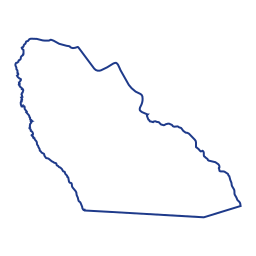 Jonglei, Albers equal-area conic projection
{"feature_id": "SDS-870", "entity_name": "Jonglei", "entity_type": "State", "adm_level": 1, "iso_a3": "SSD", "parent_name": "South Sudan", "parent_adm1": "", "projection": "albers", "projection_center": [31.68, 7.658], "detail": "fine", "context": "isolated", "style": "outline", "palette": "blue", "viewbox_px": 256, "rotation_deg": 0, "n_neighbors": 0, "source": "natural_earth", "source_scale": "10m", "svg_char_len": 5030}
<svg xmlns="http://www.w3.org/2000/svg" viewBox="0 0 256 256"><path d="M147.7,114.5L147.0,115.3L146.9,115.8L148.1,118.9L148.5,119.7L149.3,120.2L149.5,120.6L149.6,121.0L149.8,121.3L150.1,121.4L151.4,121.6L152.4,122.0L153.1,122.1L153.3,121.7L153.6,121.6L155.1,121.3L155.5,121.3L156.8,121.9L158.4,122.1L158.8,122.2L159.5,122.9L160.2,123.7L161.1,124.5L163.7,125.2L164.3,125.1L165.5,124.4L165.9,124.2L167.9,123.7L169.1,123.7L169.9,124.0L170.4,124.3L171.2,124.6L171.7,124.8L172.2,125.2L172.8,126.1L173.3,126.4L174.3,126.7L177.4,126.4L177.9,126.5L179.2,127.4L180.6,127.8L181.1,128.0L181.7,128.7L183.2,130.8L185.6,132.6L186.1,132.7L187.1,132.8L187.5,132.9L189.0,133.7L194.8,139.7L195.7,141.0L196.0,142.6L196.0,147.0L196.2,147.3L196.5,147.4L198.6,149.1L199.9,150.7L200.8,151.4L201.7,151.2L202.5,150.8L203.1,151.2L203.6,152.0L203.8,153.0L203.8,154.5L203.8,155.0L204.0,156.1L204.3,156.5L204.7,156.7L205.0,156.9L205.5,157.5L207.4,158.9L207.6,159.2L207.9,160.0L208.2,160.3L208.5,160.4L208.7,160.6L215.4,162.2L218.4,164.3L218.8,164.9L219.2,165.6L219.4,166.4L219.4,167.4L219.3,167.5L218.9,167.8L218.8,168.1L219.1,168.6L219.1,168.8L219.5,170.8L220.0,171.2L220.8,171.4L222.9,171.4L223.9,171.5L224.7,171.8L227.9,173.9L228.2,174.5L228.4,175.3L229.0,176.0L229.3,176.2L229.8,178.1L230.3,180.0L231.4,182.7L231.8,185.5L232.2,186.4L234.1,189.6L234.4,190.9L234.5,193.7L234.7,194.6L236.4,197.5L237.3,199.8L238.1,200.7L239.0,201.5L239.8,202.5L240.2,203.5L240.6,206.0L203.8,217.3L110.2,211.9L84.8,210.5L84.6,209.7L84.2,209.7L83.9,209.9L83.6,210.0L83.2,209.6L82.8,209.0L82.5,208.4L82.3,207.9L82.2,206.9L80.7,203.2L80.3,202.4L79.7,201.8L79.2,201.5L78.7,201.0L78.3,199.8L77.8,197.6L76.7,195.2L76.4,193.3L76.3,192.4L75.9,191.7L75.6,191.1L72.5,187.4L72.0,186.2L71.8,184.2L71.5,183.3L70.9,182.9L70.0,182.8L69.4,182.3L69.0,181.6L68.8,180.6L68.4,178.4L68.2,177.4L67.6,177.0L67.3,176.9L67.2,176.5L67.2,176.0L67.0,175.6L65.5,174.1L65.1,173.3L64.9,172.5L64.6,171.8L63.7,171.5L63.2,171.3L62.7,170.6L62.0,169.2L60.9,168.1L60.2,167.5L59.2,167.2L58.9,166.9L58.2,166.1L57.9,165.9L57.1,165.5L56.8,165.3L56.6,164.9L56.4,163.9L56.2,163.4L55.7,163.1L54.5,162.8L54.0,162.6L53.4,162.1L51.8,161.3L48.6,158.7L48.2,158.5L47.0,158.2L46.6,158.2L46.2,158.1L45.9,157.8L44.6,156.0L44.5,155.6L44.3,155.3L44.2,154.4L43.9,153.8L41.6,152.6L40.7,151.3L40.1,150.9L39.8,150.6L39.6,149.1L39.3,148.5L38.9,147.9L38.4,147.0L38.1,145.8L37.3,144.9L37.0,144.1L36.8,142.2L36.3,141.2L34.9,139.6L34.6,138.8L34.4,138.1L34.1,138.0L33.6,138.1L33.3,137.9L33.2,137.7L33.3,137.1L33.3,136.9L32.7,136.5L32.6,136.3L32.4,136.1L31.9,135.7L31.6,135.2L31.8,135.0L32.4,135.0L32.8,134.8L32.9,134.4L33.0,133.9L32.8,133.0L32.4,132.1L31.8,131.4L30.8,130.9L30.7,130.4L30.8,129.9L30.7,129.5L30.4,129.1L29.7,128.6L29.4,128.1L29.5,127.8L29.9,127.5L30.1,127.2L29.8,126.3L30.1,124.1L30.3,123.8L30.5,123.6L30.7,123.3L31.0,122.9L31.3,122.6L31.4,122.3L31.0,121.9L31.0,121.6L31.4,121.6L31.6,121.5L31.8,121.4L32.0,121.3L31.1,121.0L30.7,121.0L30.7,120.7L31.4,120.2L31.1,119.9L30.4,119.6L30.1,119.2L30.1,117.9L30.0,117.5L29.5,117.2L29.1,115.5L26.2,112.2L26.8,111.7L26.2,110.8L25.3,109.8L24.7,108.9L24.6,108.2L24.7,107.5L24.6,106.9L24.3,106.3L23.7,106.3L23.1,106.5L22.7,106.5L22.7,105.6L21.5,106.2L20.9,104.7L20.7,102.7L21.0,101.7L21.7,101.5L21.6,100.9L21.3,100.4L21.3,100.1L22.1,99.8L22.1,99.1L21.2,97.5L21.5,97.4L22.4,96.9L22.1,96.4L21.9,95.0L21.5,94.6L21.8,93.3L22.0,93.0L22.4,92.8L22.6,92.6L22.9,91.3L23.2,90.7L23.2,90.0L22.8,89.1L22.6,89.0L22.0,89.1L21.8,89.1L21.8,88.9L21.9,88.3L21.8,88.1L20.5,87.1L20.2,86.9L20.1,86.4L19.4,85.7L19.2,85.3L19.4,84.7L19.7,84.2L19.7,83.8L19.2,83.5L19.3,84.0L19.2,84.1L18.9,84.1L19.0,83.6L19.1,83.0L19.3,82.4L19.6,81.9L20.5,80.7L20.9,80.0L20.9,79.3L20.6,78.9L20.3,78.8L19.9,78.7L19.6,78.6L17.7,76.9L17.4,76.3L17.0,75.7L17.6,75.2L18.1,74.7L18.3,74.1L18.0,73.4L17.7,73.7L17.4,72.9L17.5,71.3L17.4,70.5L17.2,70.1L16.6,69.5L16.4,69.1L16.4,68.8L16.4,68.2L16.4,67.8L16.2,67.1L15.7,66.1L15.5,65.6L15.4,64.8L15.5,64.0L15.8,63.4L16.1,62.9L16.4,62.8L17.2,62.7L17.4,62.6L18.2,61.8L18.4,61.7L18.4,61.4L18.6,60.6L18.7,60.4L18.9,60.2L19.6,60.0L20.0,59.7L20.5,59.2L20.7,58.7L20.9,57.1L21.4,56.3L22.0,55.8L22.7,55.4L23.2,54.8L22.9,54.5L23.0,54.2L23.3,53.9L23.5,53.6L23.5,50.5L23.4,49.8L23.1,49.5L22.7,49.4L22.3,49.0L21.7,47.8L22.2,47.3L23.1,47.0L23.6,46.2L23.8,45.2L24.3,44.5L25.0,44.0L25.5,43.5L26.0,41.9L26.4,41.4L27.2,41.2L27.9,41.0L28.4,40.4L28.9,39.8L29.4,39.2L30.2,38.9L31.0,38.7L36.8,38.9L42.7,40.4L44.8,40.6L48.5,40.6L49.2,40.5L49.8,40.2L50.5,39.8L51.5,39.9L53.6,40.7L59.2,43.8L66.6,45.8L68.7,46.1L69.7,46.4L70.2,47.0L70.5,47.3L71.4,47.7L72.3,48.0L73.0,48.1L75.1,47.8L77.3,47.1L77.8,47.0L78.0,47.1L78.6,47.7L94.2,68.6L95.8,70.0L97.7,70.7L99.5,70.7L101.0,70.3L107.2,67.3L113.0,63.7L114.1,63.2L115.2,62.9L116.1,62.9L117.0,63.5L118.0,64.7L119.6,68.1L120.5,70.2L128.8,84.9L131.6,88.2L135.6,91.6L140.5,94.0L141.7,95.0L142.4,96.5L142.6,98.8L142.5,100.8L142.1,102.7L141.5,104.5L140.0,107.6L139.7,109.0L139.9,110.3L141.0,111.4L142.0,112.1L147.6,114.5L147.7,114.5Z" fill="none" stroke="#1e3a8a" stroke-width="2"/></svg>